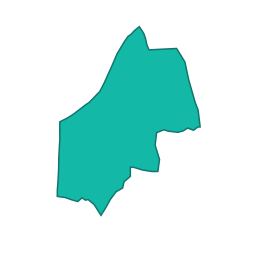 outline of Al-Manathera, An-Najaf, Iraq, rotated 209°
{"feature_id": "34846034B93641163495115", "entity_name": "Al-Manathera", "entity_type": "district", "adm_level": 2, "iso_a3": "IRQ", "parent_name": "Iraq", "parent_adm1": "An-Najaf", "projection": "albers", "projection_center": [44.473, 31.772], "detail": "fine", "context": "isolated", "style": "filled", "palette": "teal", "viewbox_px": 256, "rotation_deg": 209, "n_neighbors": 0, "source": "geoboundaries", "source_scale": "gbopen_adm2", "svg_char_len": 1051}
<svg xmlns="http://www.w3.org/2000/svg" viewBox="0 0 256 256"><g transform="rotate(209 128 128)"><path d="M170.6,211.9L170.6,211.5L172.3,208.5L173.0,202.4L173.2,197.1L173.5,187.6L172.2,174.8L170.6,155.1L170.4,146.9L170.4,145.8L171.1,143.7L172.0,140.1L174.4,131.4L176.2,128.0L180.3,118.5L182.3,114.0L184.6,109.5L187.1,105.5L188.0,104.2L190.6,100.4L187.7,94.9L182.4,85.6L180.8,82.2L174.1,68.4L168.9,58.7L163.5,47.7L159.7,39.4L156.7,33.9L149.4,36.7L143.6,37.7L142.4,37.9L136.2,39.4L134.4,44.6L130.2,44.3L128.2,46.1L120.4,44.6L109.3,38.5L108.8,46.7L108.8,57.1L107.5,66.5L103.6,72.9L105.4,79.0L102.5,86.9L106.9,94.8L104.4,96.3L95.3,98.2L86.0,101.5L80.8,104.5L85.2,115.8L87.8,118.3L96.0,126.2L100.7,137.8L95.8,143.8L91.1,144.8L82.3,148.4L78.2,152.4L75.8,156.9L69.6,157.8L67.5,162.7L65.4,163.9L72.2,173.3L75.3,177.6L81.5,182.8L98.6,199.9L110.2,213.3L123.7,220.9L124.1,221.1L147.4,206.6L148.6,207.3L152.1,210.2L156.2,214.9L160.0,218.3L163.1,220.0L167.2,222.1L167.6,221.3L169.7,216.0L170.6,211.9Z" fill="#14b8a6" stroke="#0f766e" stroke-width="1.5"/></g></svg>